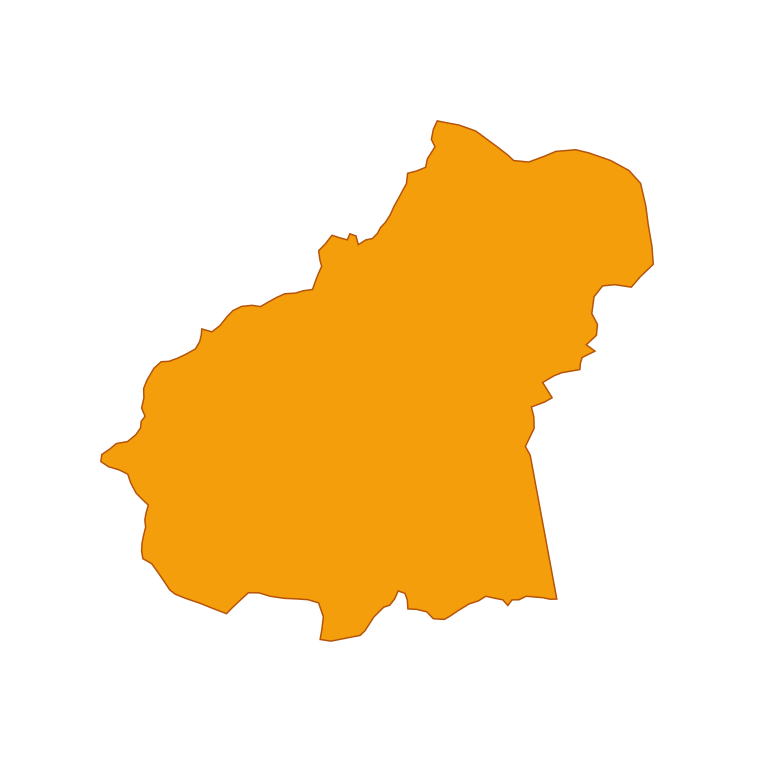 the district of São Francisco de Goiás, Goiás, Brazil, rotated 258°
{"feature_id": "56859067B73146836440208", "entity_name": "São Francisco de Goiás", "entity_type": "district", "adm_level": 2, "iso_a3": "BRA", "parent_name": "Brazil", "parent_adm1": "Goiás", "projection": "albers", "projection_center": [-49.255, -15.95], "detail": "fine", "context": "isolated", "style": "filled", "palette": "amber", "viewbox_px": 768, "rotation_deg": 258, "n_neighbors": 0, "source": "geoboundaries", "source_scale": "gbopen_adm2", "svg_char_len": 2232}
<svg xmlns="http://www.w3.org/2000/svg" viewBox="0 0 768 768"><g transform="rotate(258 384 384)"><path d="M143.5,278.7L143.1,308.5L146.5,314.0L158.1,325.5L165.7,337.2L166.4,343.6L171.7,349.9L178.6,354.8L174.9,361.0L168.0,361.9L159.0,360.6L156.7,369.3L152.2,378.5L144.2,383.4L141.2,394.0L143.2,400.3L146.9,409.4L151.2,421.5L152.2,431.2L155.2,439.5L151.6,447.4L148.2,455.3L141.6,459.1L146.2,464.3L144.9,471.1L146.8,479.1L144.0,488.1L141.9,495.2L139.0,501.5L137.7,508.3L284.0,512.2L293.5,509.3L309.5,521.7L320.7,523.7L330.9,523.4L333.0,537.3L335.6,545.6L352.5,539.5L356.7,552.0L358.1,560.3L357.4,578.6L363.2,580.3L368.7,583.3L372.3,597.2L380.3,590.0L387.5,601.9L397.9,605.2L409.7,601.9L425.7,607.6L434.5,618.2L433.2,630.3L427.3,646.1L435.5,656.8L445.2,672.3L462.7,674.7L485.2,675.6L503.5,677.1L526.9,676.7L541.8,668.1L555.4,652.3L567.3,632.7L573.3,620.2L575.8,600.4L573.5,588.6L571.0,571.7L575.6,557.3L582.2,552.7L591.1,545.2L612.4,526.3L621.7,511.2L627.2,498.0L630.3,490.8L623.0,485.3L613.4,481.2L605.4,483.2L595.3,473.3L587.3,469.8L585.6,460.1L585.2,450.9L575.3,447.6L568.9,442.1L562.4,436.6L555.4,430.5L548.6,425.6L541.9,419.1L537.9,413.3L532.6,408.8L528.7,402.9L528.7,396.0L525.6,387.8L534.6,387.4L538.0,381.9L532.6,378.1L536.3,370.9L540.3,364.0L533.2,355.7L528.0,347.8L519.0,347.1L512.1,347.5L505.8,342.9L499.6,338.8L491.3,333.7L492.0,324.3L491.3,316.4L492.9,305.8L490.9,296.5L488.2,287.8L485.4,279.2L488.4,271.3L489.5,260.9L487.3,251.7L482.7,244.8L475.3,235.8L470.8,226.6L475.7,217.2L469.8,215.4L463.7,212.5L457.5,206.8L454.2,196.0L452.1,187.0L450.9,178.4L452.1,170.7L447.2,162.2L436.9,152.8L429.4,147.9L420.5,146.3L410.8,141.9L402.1,143.6L397.9,138.7L391.6,136.7L386.0,130.7L381.0,121.1L381.4,109.8L377.4,102.2L373.7,93.3L367.0,90.9L360.4,97.3L355.1,107.0L349.1,114.6L339.9,115.7L328.9,118.8L320.9,123.9L314.6,128.3L306.7,124.2L300.8,121.8L293.6,121.1L285.8,117.3L278.8,114.3L271.2,112.2L263.3,111.8L256.4,119.5L245.4,124.3L236.1,128.1L227.2,131.6L221.9,136.0L215.6,145.3L207.6,158.7L200.4,169.4L192.1,182.2L196.4,188.6L201.4,196.7L208.0,207.9L205.7,218.3L200.0,228.6L195.1,241.8L191.7,254.8L188.8,264.9L183.5,274.5L168.9,276.3L156.6,272.1L147.4,268.4L143.5,278.7Z" fill="#f59e0b" stroke="#b45309" stroke-width="1.5"/></g></svg>